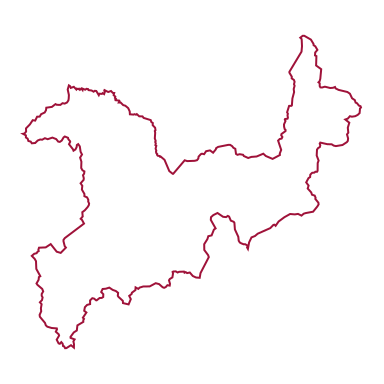 San Antonio de Putina, Puno, Peru (Mercator projection)
{"feature_id": "86281439B17280612130391", "entity_name": "San Antonio de Putina", "entity_type": "district", "adm_level": 2, "iso_a3": "PER", "parent_name": "Peru", "parent_adm1": "Puno", "projection": "mercator", "projection_center": [-69.619, -14.709], "detail": "fine", "context": "isolated", "style": "outline", "palette": "rose", "viewbox_px": 384, "rotation_deg": 0, "n_neighbors": 0, "source": "geoboundaries", "source_scale": "gbopen_adm2", "svg_char_len": 5857}
<svg xmlns="http://www.w3.org/2000/svg" viewBox="0 0 384 384"><path d="M73.9,347.6L74.0,344.2L73.4,341.4L74.6,339.4L70.6,337.9L70.5,336.9L73.8,332.4L76.8,330.5L77.4,325.4L83.3,321.9L83.3,320.1L84.0,318.9L82.9,317.7L86.4,312.5L84.2,310.8L84.9,307.2L87.1,304.9L90.1,304.1L90.1,300.4L92.3,298.2L94.1,298.6L96.1,300.3L96.7,300.3L99.6,298.0L101.8,297.9L103.2,297.0L103.3,294.2L101.2,292.0L102.6,289.0L105.9,288.7L109.3,287.6L112.7,289.9L115.8,291.0L118.1,292.8L117.8,295.8L118.5,296.9L122.8,300.8L123.0,303.1L128.6,304.4L130.8,299.1L129.2,295.9L131.6,294.0L131.9,292.7L135.4,290.1L135.6,287.4L138.3,288.9L139.6,287.6L143.2,286.5L149.7,286.4L155.7,283.2L159.1,284.1L162.6,287.2L164.1,287.8L165.7,287.1L167.4,285.2L169.7,285.6L170.0,283.8L169.0,280.3L169.8,279.0L172.4,277.4L173.0,273.6L172.6,271.9L173.3,271.5L175.8,271.4L177.6,272.5L179.1,271.8L184.0,271.6L184.5,272.7L185.7,272.1L187.1,273.1L189.8,272.5L192.8,276.0L196.0,277.5L199.7,277.8L200.5,273.1L208.8,257.1L208.1,255.1L204.3,250.0L204.2,244.2L207.4,239.1L208.3,236.2L211.6,235.4L213.9,229.6L215.6,228.4L210.8,219.9L211.0,217.2L213.3,215.1L217.5,213.0L223.1,216.8L226.1,217.1L227.8,215.9L229.1,216.6L230.8,220.6L233.7,221.8L234.4,222.8L234.9,229.4L238.3,236.8L238.7,240.7L239.8,242.5L241.2,243.3L243.7,244.3L245.1,244.2L247.1,245.3L247.5,247.0L247.1,247.5L247.9,248.9L249.1,242.4L251.5,237.4L255.0,236.0L257.7,233.7L270.3,228.1L273.4,224.9L274.5,224.7L275.6,225.8L278.6,221.5L284.4,217.2L290.1,214.0L294.9,214.4L298.0,213.9L301.5,215.6L303.7,213.7L305.6,213.1L313.1,211.7L317.4,206.4L318.6,204.4L318.4,202.7L315.3,198.9L315.6,197.8L314.7,195.6L312.0,194.7L311.2,192.4L307.7,188.5L308.6,185.6L306.2,182.4L308.5,178.1L310.1,177.1L310.3,174.7L311.3,173.6L312.2,172.8L314.4,172.6L315.4,171.7L317.0,171.8L317.6,170.8L317.7,163.0L318.6,160.6L316.7,155.5L317.0,149.6L318.2,148.0L319.8,147.1L320.3,145.2L319.7,143.7L320.3,142.6L327.4,144.2L331.7,144.3L333.7,145.6L335.9,146.1L342.5,145.0L346.9,142.1L347.8,140.9L348.1,138.4L347.0,134.4L348.3,132.7L347.8,127.7L349.3,122.7L345.3,119.5L347.8,118.6L349.9,116.2L351.9,116.7L355.2,116.2L357.7,114.9L359.6,113.1L360.0,108.5L361.0,107.5L360.5,106.2L358.9,105.6L357.0,103.2L355.6,102.6L354.8,100.1L352.1,98.3L349.9,93.7L347.4,92.0L338.6,89.9L335.6,88.4L335.0,87.0L333.0,87.8L330.2,88.0L324.9,86.7L322.0,87.5L320.4,87.4L319.7,86.1L319.7,83.3L318.5,82.3L319.6,81.2L320.3,78.7L321.2,69.2L316.1,65.5L316.4,56.1L315.0,55.4L315.2,52.5L317.4,49.9L315.3,46.3L313.6,45.2L313.5,43.9L310.9,39.6L304.3,35.8L302.7,35.8L300.3,37.7L301.4,38.7L301.7,39.7L302.0,46.3L301.5,51.7L289.4,71.8L289.4,72.7L291.8,76.7L291.7,78.4L293.9,79.9L294.6,81.8L294.0,84.2L294.6,85.8L293.7,89.0L294.1,92.1L292.4,98.5L291.9,105.3L291.5,105.8L289.1,105.9L287.1,112.3L287.9,113.8L287.5,115.2L287.9,117.7L287.5,118.7L285.1,119.0L284.8,119.7L285.5,121.0L284.0,124.4L284.1,126.8L284.7,129.1L285.6,130.0L285.5,131.1L281.5,134.0L281.2,135.2L282.4,137.0L281.6,138.6L279.7,139.0L278.1,140.6L281.2,149.9L279.8,153.4L279.9,155.0L272.6,158.9L265.8,156.0L263.3,153.7L256.6,156.5L251.4,156.9L248.2,158.0L243.8,156.0L243.1,154.8L239.7,154.2L237.4,154.8L236.0,153.9L235.3,148.8L233.4,147.8L232.2,146.2L230.2,144.9L228.1,144.9L218.1,146.9L216.1,148.2L215.8,149.4L213.1,152.7L210.0,150.4L206.1,151.2L204.1,154.2L202.0,153.7L200.8,154.2L198.6,156.6L198.3,158.6L197.0,160.2L194.7,160.8L187.2,161.1L184.7,160.3L173.2,173.8L172.7,173.8L169.3,171.1L164.5,159.8L160.6,156.5L160.1,156.8L159.5,156.0L157.7,155.7L157.0,154.7L157.2,154.0L156.3,153.1L156.0,151.7L156.3,150.7L155.6,148.6L156.3,145.8L155.4,145.2L155.8,143.3L155.2,142.0L155.7,141.0L154.8,138.4L155.2,132.7L154.8,131.0L155.5,130.2L155.1,127.7L152.7,125.2L152.8,123.0L151.4,122.1L150.7,120.1L143.6,117.9L142.5,116.4L139.2,116.3L136.8,114.1L136.0,114.7L134.4,114.2L133.5,114.6L129.9,114.3L129.7,111.4L128.2,108.1L125.3,105.7L123.2,105.1L120.6,102.5L118.8,102.5L119.5,101.1L119.2,100.6L115.5,100.2L115.3,99.8L115.9,98.8L114.9,97.9L115.3,96.6L113.6,95.1L114.2,93.0L112.8,92.9L111.0,91.0L108.2,92.0L104.5,90.1L104.0,91.5L104.7,90.8L105.1,91.2L104.1,94.1L102.7,93.1L101.9,93.9L99.5,93.7L98.8,95.2L96.3,91.0L94.8,90.8L93.6,91.7L91.6,90.5L88.5,90.1L88.1,89.1L86.5,88.8L85.2,89.7L82.7,88.7L82.5,90.0L81.3,88.5L79.9,89.8L79.0,88.7L78.2,89.2L76.8,88.6L76.3,89.5L73.8,86.8L70.8,87.9L70.1,86.2L68.9,85.4L67.7,89.5L68.9,95.0L68.7,98.6L68.4,100.4L67.0,102.5L64.7,103.6L62.5,103.2L60.4,104.9L56.8,104.8L55.5,104.1L51.9,106.9L46.3,107.7L46.0,110.2L44.7,112.5L41.1,114.2L39.7,116.6L37.1,116.7L35.2,120.6L32.7,120.2L29.9,124.4L26.0,128.4L26.1,131.6L24.5,133.5L23.0,133.8L25.9,135.4L25.9,137.5L27.6,138.6L28.4,141.0L30.7,141.6L31.8,143.3L35.2,143.0L37.7,140.5L40.2,139.5L42.2,139.7L44.9,138.2L47.7,139.2L52.4,137.6L56.2,139.1L58.2,141.6L59.8,141.9L61.7,140.6L63.6,137.4L64.8,136.5L68.0,137.8L68.4,139.3L70.0,141.1L70.2,141.8L69.0,144.2L72.9,149.2L73.5,150.7L75.4,149.5L76.6,147.2L76.9,145.0L78.2,144.1L79.8,146.4L80.6,151.8L82.0,154.5L80.1,157.6L81.4,161.7L81.2,168.0L82.5,170.3L84.4,171.4L84.1,173.7L83.0,175.2L83.8,178.2L83.6,179.9L80.6,183.3L82.3,185.8L81.9,189.6L84.4,193.9L84.4,196.2L87.1,197.4L88.3,199.8L88.2,201.5L89.1,203.5L88.8,205.2L87.6,207.1L84.8,210.3L82.3,212.2L82.7,216.5L80.7,218.8L82.0,219.9L84.0,223.6L64.8,238.1L63.5,239.9L63.5,241.3L64.7,246.1L65.9,247.6L60.7,252.9L56.7,251.7L50.7,244.1L45.7,247.4L39.0,247.7L38.4,249.7L38.7,251.1L37.5,251.8L36.6,253.2L34.2,253.8L31.8,255.9L34.7,258.9L36.0,261.2L36.3,268.9L40.3,276.2L38.9,277.1L38.6,279.8L36.5,283.5L37.5,284.9L42.2,288.9L43.2,291.4L41.7,294.0L41.7,295.8L42.6,297.4L42.0,300.1L39.9,302.3L41.6,304.2L40.9,308.3L41.2,311.3L39.6,314.9L39.9,316.8L45.0,322.9L45.8,325.3L47.3,326.7L51.7,328.0L56.8,328.4L57.0,329.3L55.8,331.7L58.7,334.3L59.1,335.6L56.7,339.7L58.6,343.4L59.8,343.8L61.3,342.1L62.6,343.6L63.1,346.1L64.2,346.4L65.1,348.2L66.4,348.1L71.0,345.2L73.9,347.6Z" fill="none" stroke="#9f1239" stroke-width="2"/></svg>